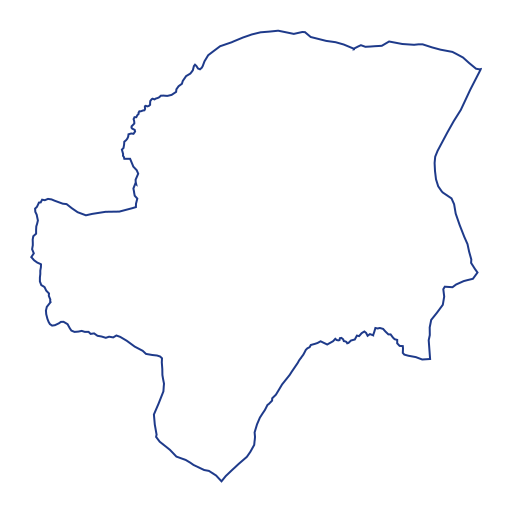 outline of Iringa Urban, Iringa, United Republic of Tanzania
{"feature_id": "72390352B98765493528957", "entity_name": "Iringa Urban", "entity_type": "district", "adm_level": 2, "iso_a3": "TZA", "parent_name": "United Republic of Tanzania", "parent_adm1": "Iringa", "projection": "robinson", "projection_center": [35.688, -7.748], "detail": "fine", "context": "isolated", "style": "outline", "palette": "blue", "viewbox_px": 512, "rotation_deg": 0, "n_neighbors": 0, "source": "geoboundaries", "source_scale": "gbopen_adm2", "svg_char_len": 5028}
<svg xmlns="http://www.w3.org/2000/svg" viewBox="0 0 512 512"><path d="M430.0,357.8L430.0,357.7L428.7,340.2L429.8,335.1L429.7,327.4L431.2,319.9L436.9,312.8L442.8,304.8L444.2,296.6L443.3,289.2L444.8,286.7L452.3,287.2L452.5,287.2L456.1,284.5L463.7,281.1L467.1,280.2L472.9,278.8L477.3,272.8L477.5,272.5L474.9,268.9L471.1,262.9L471.3,259.5L469.1,251.6L467.5,244.1L464.3,236.9L459.6,224.9L455.7,213.6L454.1,204.2L451.5,198.4L442.9,192.6L441.8,191.5L438.2,186.3L436.0,179.3L435.0,171.0L434.6,163.0L435.2,156.7L437.6,150.8L447.4,132.4L453.7,121.2L460.8,109.9L463.1,105.0L470.3,89.6L477.7,75.2L479.1,72.5L480.6,69.5L480.7,69.1L479.7,69.3L478.6,69.2L476.0,68.7L474.7,67.6L469.1,63.0L463.0,57.5L456.3,53.9L452.4,51.9L441.2,49.8L440.6,49.7L432.1,47.4L422.5,44.3L418.7,44.3L414.1,44.8L402.3,44.0L389.1,41.5L381.8,45.8L380.3,45.9L374.8,46.2L370.9,46.5L365.4,46.8L360.9,45.2L358.1,46.5L354.0,48.6L354.0,48.8L353.8,48.7L353.7,48.8L353.7,48.6L352.6,48.2L343.7,44.5L335.6,42.2L326.2,40.9L310.7,37.0L304.9,32.1L304.0,32.1L302.3,32.0L293.8,33.9L285.1,32.1L278.2,30.7L269.4,31.6L260.6,32.3L252.4,34.3L251.6,34.5L249.4,35.3L243.0,37.5L233.6,41.4L231.6,42.3L226.9,43.9L221.4,45.8L220.3,46.1L219.6,46.6L213.2,51.4L208.2,55.2L204.5,61.3L202.7,66.1L201.8,67.7L200.0,69.3L198.0,68.5L196.4,66.0L195.0,64.7L193.9,66.1L192.8,70.4L192.3,70.9L192.2,71.2L191.1,72.6L190.3,73.6L186.1,76.1L182.8,80.9L181.9,83.8L178.6,86.2L176.4,89.3L176.1,91.9L171.6,94.9L167.4,95.9L165.8,95.8L163.6,95.6L160.8,95.7L159.3,97.2L157.7,98.0L155.7,98.6L154.5,99.4L152.6,98.7L151.7,99.2L150.3,101.0L150.1,102.9L150.1,104.8L148.7,106.0L147.2,106.4L145.8,105.8L144.9,106.3L144.9,107.6L145.1,108.9L144.4,110.3L142.9,110.5L141.4,111.1L140.2,111.4L139.4,111.3L138.6,112.6L138.6,113.9L137.4,115.1L136.9,116.0L136.3,117.2L134.5,117.2L133.6,119.1L134.1,120.8L134.3,122.4L134.3,123.5L133.1,124.8L131.6,126.3L131.5,127.7L132.3,128.7L133.4,129.2L134.7,129.9L135.1,131.5L133.5,133.8L131.2,133.5L128.5,134.3L128.2,136.6L127.3,138.7L127.1,138.9L126.1,140.2L124.3,141.7L124.1,144.5L123.5,148.0L121.9,149.6L122.3,151.1L123.1,154.0L123.0,155.8L123.9,157.0L124.3,158.8L130.1,158.8L132.8,165.3L133.3,166.6L136.7,170.2L138.2,173.7L135.6,179.7L135.7,182.1L136.2,184.3L135.3,183.6L133.4,188.5L134.1,192.1L134.1,192.5L134.7,195.7L137.3,198.6L136.0,203.7L135.9,207.1L132.2,208.2L119.3,211.6L105.6,211.8L92.2,213.9L85.9,215.3L77.6,212.2L71.8,208.2L66.6,204.1L62.8,203.7L54.6,200.7L51.5,199.4L48.0,198.9L44.8,200.2L42.1,199.7L42.0,199.9L40.7,202.4L39.7,202.5L39.2,202.6L38.9,202.6L38.3,204.0L36.9,206.9L35.1,208.6L35.3,211.8L36.7,214.7L37.3,217.7L37.9,220.5L37.1,223.8L36.3,226.3L36.1,229.7L36.1,233.7L33.3,236.2L32.7,239.5L32.8,242.8L32.8,244.6L32.8,244.8L32.8,245.3L32.1,249.2L33.7,253.1L33.8,253.3L33.7,253.5L31.3,257.1L34.1,260.3L37.3,262.6L40.9,264.2L41.0,264.3L41.0,264.5L40.9,267.2L40.3,270.6L40.3,274.0L39.9,277.6L39.9,281.5L41.3,285.1L43.5,286.4L44.6,287.2L46.2,290.6L49.0,293.5L48.8,295.8L50.3,299.5L50.2,300.7L50.2,302.0L50.5,302.2L46.8,306.9L45.9,310.8L46.0,311.3L46.1,312.5L46.2,314.1L47.4,318.8L48.6,321.9L49.9,324.1L52.1,325.6L54.9,325.2L58.9,323.3L60.9,321.9L63.5,321.8L65.6,323.0L67.1,323.9L67.6,324.2L68.5,325.9L69.4,327.5L69.8,328.3L71.4,330.6L74.5,331.9L78.3,331.6L81.7,330.9L84.9,331.9L85.3,331.9L88.6,331.9L90.6,333.9L94.1,333.4L97.5,335.8L101.5,336.5L105.8,337.8L109.1,336.7L113.2,337.4L116.4,335.5L120.0,336.8L120.4,337.0L125.8,340.2L126.8,340.8L134.7,346.6L142.7,350.8L144.1,352.1L146.0,353.9L152.3,355.0L157.0,355.5L160.1,356.5L161.7,358.0L162.0,358.3L161.8,362.4L162.3,369.0L162.4,375.0L163.0,378.6L164.0,383.7L163.7,387.1L163.7,387.4L163.4,391.4L158.5,403.8L153.9,414.5L154.8,424.6L156.5,434.2L156.6,434.5L156.1,436.9L159.7,441.7L169.9,449.8L176.4,456.6L185.8,460.0L190.3,462.7L193.6,465.0L204.1,470.0L208.9,470.9L216.1,475.5L218.8,478.4L220.0,479.7L221.5,481.3L225.8,476.0L232.1,470.0L238.8,463.8L246.9,456.8L250.3,451.9L254.2,444.9L254.6,440.8L254.7,440.5L254.7,440.2L254.8,439.4L255.0,436.9L254.6,432.4L257.0,424.4L259.9,417.6L262.6,413.4L264.9,410.0L267.2,405.5L267.5,404.9L268.8,404.0L272.1,400.6L272.2,398.3L275.9,394.7L279.3,389.1L282.1,384.4L289.7,374.9L291.6,371.9L297.8,362.8L299.1,360.4L299.7,359.6L300.7,358.2L300.9,358.1L301.0,357.9L301.3,357.4L301.5,357.1L303.3,354.7L304.8,351.9L305.8,349.9L307.4,348.3L309.6,347.2L310.8,345.0L315.1,343.8L317.5,343.0L320.6,341.3L327.2,344.5L333.1,341.2L335.3,338.8L336.6,340.0L338.3,340.4L339.5,340.1L339.9,338.2L341.4,337.9L343.2,339.4L343.8,341.1L345.0,341.3L346.4,341.9L347.2,343.3L348.5,342.9L351.0,340.5L354.8,339.5L356.9,335.6L359.1,336.1L361.6,333.2L363.5,332.0L364.4,331.5L365.2,332.2L366.1,332.9L367.6,335.8L369.9,334.1L372.1,334.9L373.1,335.3L373.1,335.2L374.2,332.1L375.4,328.0L377.8,328.5L378.0,328.4L379.2,328.1L379.9,328.0L383.1,328.9L383.4,329.2L383.8,329.7L385.5,331.6L388.4,334.4L390.6,334.4L392.9,337.5L394.6,339.2L397.2,339.9L397.2,343.3L399.6,345.9L402.8,346.1L403.0,348.5L402.8,352.9L404.3,354.6L408.2,355.7L415.8,357.1L422.2,359.5L430.1,359.0L430.0,357.8Z" fill="none" stroke="#1e3a8a" stroke-width="2"/></svg>